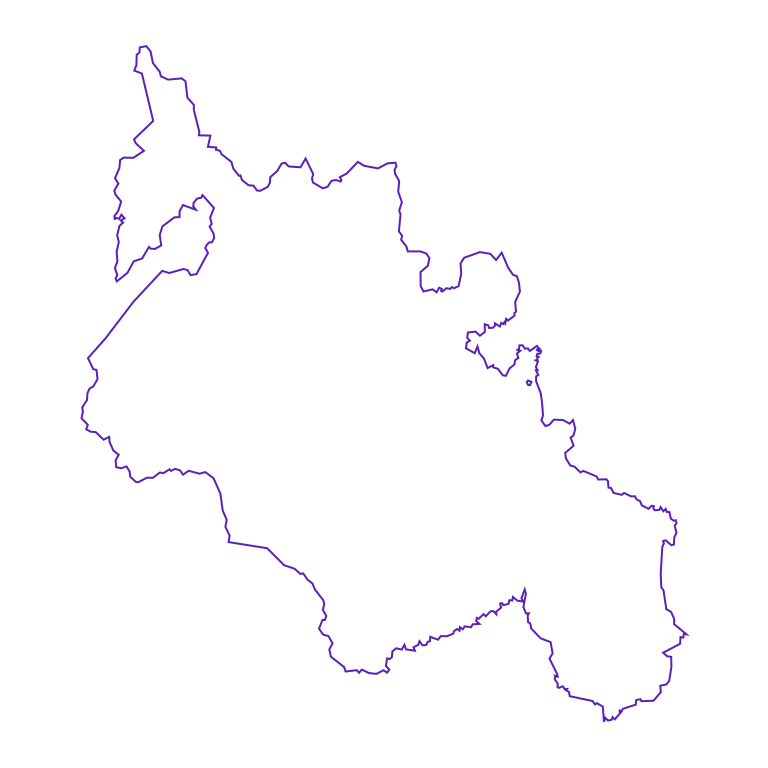 the district of Naitasiri, Central, Fiji
{"feature_id": "14151628B8492423103487", "entity_name": "Naitasiri", "entity_type": "district", "adm_level": 2, "iso_a3": "FJI", "parent_name": "Fiji", "parent_adm1": "Central", "projection": "natural_earth1", "projection_center": [178.262, -17.851], "detail": "fine", "context": "isolated", "style": "outline", "palette": "violet", "viewbox_px": 768, "rotation_deg": 0, "n_neighbors": 0, "source": "geoboundaries", "source_scale": "gbopen_adm2", "svg_char_len": 6098}
<svg xmlns="http://www.w3.org/2000/svg" viewBox="0 0 768 768"><path d="M121.1,201.5L118.3,210.8L114.4,216.1L114.8,219.7L115.6,217.7L119.2,218.8L121.4,214.7L124.5,218.3L120.8,220.4L123.1,222.6L119.5,225.8L117.2,235.3L118.8,242.1L116.6,251.6L117.4,261.1L114.9,268.3L117.3,274.8L115.6,278.6L116.8,281.4L127.4,272.9L133.8,261.3L142.1,258.5L149.0,246.9L150.8,248.7L155.0,248.9L161.2,245.4L159.7,235.1L162.4,226.4L174.3,217.4L179.5,217.1L179.6,211.2L182.9,205.1L195.8,209.7L193.3,206.4L193.6,202.7L197.1,198.6L201.2,197.7L202.5,195.1L214.0,208.0L210.1,217.6L211.7,223.9L209.6,226.5L213.5,233.4L214.2,237.9L212.0,242.2L208.9,242.5L206.5,245.4L205.3,248.0L208.0,252.8L196.5,274.1L190.6,275.1L187.4,270.0L183.4,269.0L169.3,273.0L162.2,270.9L133.5,301.7L105.4,338.5L88.0,358.1L93.3,369.2L96.5,369.9L97.5,379.2L93.2,386.5L89.6,388.5L87.5,393.1L87.0,400.0L82.2,407.5L82.9,411.6L81.5,418.2L87.8,424.8L86.2,429.2L90.5,431.7L95.7,432.1L103.6,439.7L109.2,436.9L109.6,442.0L113.4,450.6L118.7,454.8L115.6,460.2L116.2,467.1L121.1,468.3L126.5,466.4L129.6,471.5L130.2,476.7L135.8,481.8L138.2,482.2L146.9,477.7L152.9,477.8L159.7,472.6L163.7,473.0L169.5,469.3L171.0,470.9L175.1,468.9L179.8,470.2L183.0,474.7L188.6,470.8L199.6,473.7L205.3,472.1L213.6,478.3L220.4,493.7L222.7,510.5L226.7,519.8L225.4,526.9L229.6,535.6L228.6,542.1L267.1,548.2L284.1,565.2L294.5,568.7L300.4,573.9L303.2,573.4L307.3,579.5L312.5,583.5L314.8,589.3L323.2,600.1L324.3,603.6L322.9,609.9L326.3,616.0L324.8,620.1L322.5,619.9L319.0,628.7L323.2,634.6L328.5,636.1L332.5,643.3L329.3,649.5L330.9,656.7L344.1,667.1L345.6,671.5L356.8,670.2L359.0,672.8L361.8,669.6L368.8,673.0L376.3,673.9L383.6,670.2L387.0,672.7L389.3,669.5L385.9,666.0L387.1,658.4L389.6,659.1L391.9,657.2L392.4,651.4L396.1,648.3L401.8,649.6L404.4,644.8L406.1,649.4L414.9,650.7L413.5,647.3L418.3,644.8L419.5,641.2L422.6,645.4L426.4,644.8L427.6,641.9L430.0,641.2L430.2,636.8L438.0,639.7L440.8,636.1L447.1,636.2L453.1,633.7L454.2,630.9L457.3,629.0L459.6,630.7L459.9,627.2L462.8,629.3L464.7,626.4L471.1,627.2L472.6,624.3L479.4,623.9L476.2,621.1L476.8,617.9L478.7,618.8L483.5,614.1L485.8,616.3L490.6,611.2L493.4,611.2L496.3,614.2L496.2,611.7L501.1,607.6L500.1,603.6L502.2,603.2L503.4,605.2L508.6,603.8L509.4,600.2L512.2,600.5L512.9,596.9L517.3,600.6L523.5,601.7L521.4,598.2L524.7,589.4L525.9,593.6L523.4,607.0L526.0,613.5L528.9,613.3L527.7,615.5L528.1,622.3L530.2,623.3L531.3,628.6L540.7,638.4L550.6,642.1L552.6,653.3L549.5,658.6L557.0,673.7L557.6,675.9L555.8,675.7L556.9,676.7L555.1,676.7L554.7,679.0L557.9,684.1L557.4,686.9L558.9,687.9L562.8,686.3L564.6,689.0L567.0,688.9L565.9,690.2L568.9,691.8L569.8,696.2L592.5,701.0L595.1,704.5L596.9,703.1L602.8,706.6L604.0,721.9L605.3,717.8L608.1,720.6L611.7,719.7L612.6,717.2L614.8,719.3L621.2,712.0L619.6,711.8L619.7,710.8L620.6,711.8L623.0,708.8L635.8,704.6L636.1,700.2L640.3,699.1L641.4,701.2L653.5,700.7L660.8,692.2L660.3,685.7L666.3,684.5L669.2,680.9L671.4,667.0L671.2,656.8L667.1,656.3L663.2,652.7L680.1,643.8L680.5,637.1L683.3,637.5L683.8,634.1L686.5,634.4L674.1,624.1L674.2,618.9L671.1,611.9L666.3,609.1L663.5,590.3L661.3,587.3L660.7,574.2L662.3,546.9L663.9,543.5L663.1,541.1L665.6,540.3L671.3,545.1L673.9,544.6L674.3,537.1L676.5,532.9L674.7,525.9L676.5,523.1L675.8,520.2L673.8,520.8L670.8,518.5L669.5,512.1L666.8,511.9L665.7,508.9L663.3,511.3L660.6,507.1L659.3,509.9L654.8,510.3L653.3,508.5L653.9,506.2L651.5,505.8L648.6,508.8L641.7,505.3L640.2,501.3L636.5,499.3L635.1,496.4L630.7,496.2L624.0,492.9L621.9,494.8L613.6,493.0L611.1,488.1L608.5,487.6L608.0,481.2L606.4,479.3L598.1,479.5L596.5,476.4L583.3,470.9L580.4,472.4L574.5,466.6L570.4,465.6L565.9,458.4L565.2,452.9L573.6,445.7L570.6,437.6L573.5,435.3L575.3,428.8L573.0,420.1L569.7,423.7L563.2,420.1L553.9,419.6L549.2,424.9L545.4,426.0L541.4,420.4L543.0,415.6L542.2,404.1L540.7,393.0L536.1,381.3L536.1,376.3L538.3,375.0L535.9,370.3L537.6,370.2L535.9,367.1L537.9,361.4L535.8,360.3L537.4,359.9L537.2,357.2L539.5,357.2L536.6,356.2L537.1,354.2L540.4,353.4L541.1,350.9L538.7,351.2L539.6,349.5L536.3,350.3L538.7,348.1L536.9,345.9L529.8,351.0L527.9,348.4L524.9,348.7L522.6,345.3L519.4,345.4L519.0,349.3L516.6,349.9L520.3,350.7L516.9,353.6L518.4,357.9L515.1,360.2L514.4,364.5L509.6,368.4L505.9,375.8L502.8,375.3L498.0,368.9L493.2,367.3L493.2,365.1L487.6,368.1L484.1,358.7L479.4,353.3L477.5,346.5L474.7,353.2L465.9,348.2L466.8,342.5L469.9,340.7L467.2,337.9L467.9,332.5L475.5,331.6L479.9,335.7L484.8,332.0L484.8,324.2L488.4,325.5L489.0,327.9L492.9,327.8L494.9,325.8L494.9,323.4L499.9,326.5L501.3,322.9L503.3,324.0L504.4,322.2L505.3,323.5L506.1,318.8L508.1,320.6L514.6,315.5L514.3,313.3L516.0,311.7L515.2,301.9L519.9,291.6L519.0,282.9L516.9,276.2L513.1,274.9L508.1,267.6L501.7,252.7L496.1,260.0L490.3,253.8L479.9,252.1L464.2,257.7L460.6,263.3L461.2,274.0L458.6,286.1L454.2,288.2L451.7,287.1L450.4,288.9L446.5,288.2L442.4,291.5L441.1,291.0L441.8,289.0L439.2,287.7L436.6,292.3L432.6,289.3L423.5,291.5L420.7,286.2L420.5,272.1L427.9,265.7L429.4,258.2L426.4,253.6L420.3,251.4L407.7,251.4L406.5,246.6L401.1,239.7L402.2,235.9L398.9,231.4L400.5,214.4L399.2,210.5L401.9,202.2L398.2,191.7L399.2,181.1L395.0,173.6L394.6,169.7L396.5,165.9L395.4,162.7L387.4,163.4L378.0,168.4L364.1,165.8L357.8,161.9L346.8,173.5L339.8,177.2L341.4,180.0L340.6,181.5L335.9,180.0L331.4,180.9L327.6,186.8L322.8,188.3L312.9,182.5L312.0,178.4L313.2,174.0L305.6,158.5L300.5,167.3L288.6,166.4L285.1,162.8L281.7,163.5L277.0,171.3L270.3,177.1L269.8,183.1L267.5,187.0L260.3,190.8L257.0,190.5L253.4,185.6L248.6,185.3L242.1,180.1L240.4,175.4L239.0,175.8L233.3,168.6L231.4,161.9L221.7,154.3L219.7,150.7L216.0,149.8L216.3,147.5L207.9,146.8L210.4,135.6L198.9,135.3L199.4,132.1L193.8,109.9L193.9,105.0L187.4,97.6L185.5,81.4L181.9,78.4L168.1,79.6L160.9,76.3L159.6,71.6L152.9,63.0L150.6,51.5L146.3,46.1L139.7,47.5L139.4,52.6L136.7,54.8L136.4,65.1L134.3,70.6L141.9,73.5L153.2,120.9L134.0,139.4L135.9,143.4L143.9,150.8L133.4,157.8L123.7,157.6L120.1,160.1L119.4,168.0L115.0,178.2L118.4,183.7L114.3,190.5L115.4,194.4L121.1,201.5ZM530.0,385.2L528.2,385.1L526.8,382.2L528.0,380.5L531.5,381.9L530.0,385.2Z" fill="none" stroke="#5b21b6" stroke-width="2"/></svg>